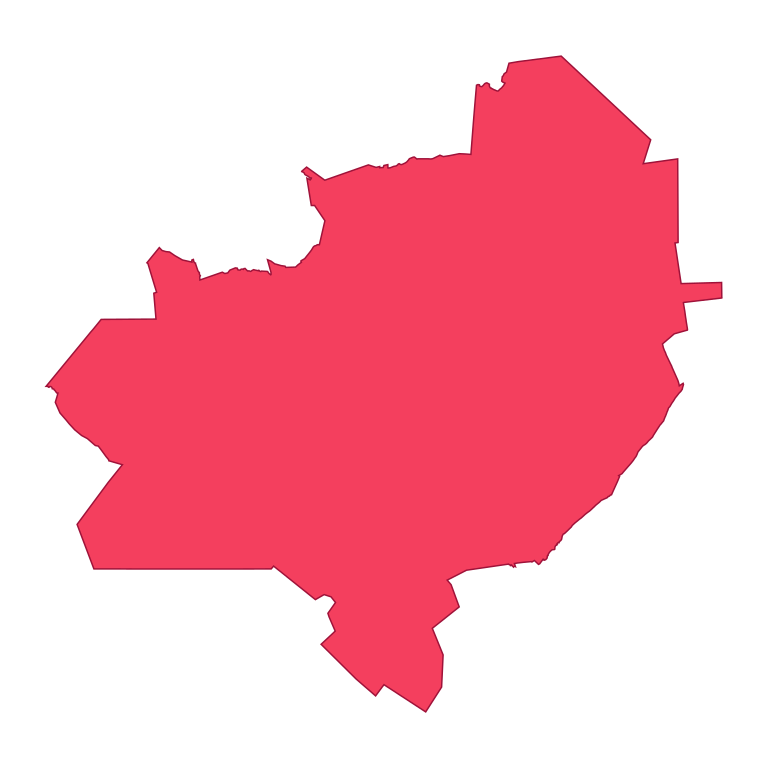 Mexquitic de Carmona, San Luis Potosí, Mexico (orthographic projection)
{"feature_id": "50627088B50616747627760", "entity_name": "Mexquitic de Carmona", "entity_type": "district", "adm_level": 2, "iso_a3": "MEX", "parent_name": "Mexico", "parent_adm1": "San Luis Potosí", "projection": "orthographic", "projection_center": [-101.135, 22.255], "detail": "fine", "context": "isolated", "style": "filled", "palette": "rose", "viewbox_px": 768, "rotation_deg": 0, "n_neighbors": 0, "source": "geoboundaries", "source_scale": "gbopen_adm2", "svg_char_len": 5909}
<svg xmlns="http://www.w3.org/2000/svg" viewBox="0 0 768 768"><path d="M425.7,711.9L441.6,687.1L443.1,654.9L432.3,628.3L459.2,606.9L451.1,584.7L447.2,580.1L466.5,570.2L508.5,564.1L509.1,564.6L510.0,564.7L510.4,565.6L511.6,565.5L511.7,565.2L513.5,567.1L513.7,566.8L514.8,566.3L515.4,566.6L514.4,563.5L515.9,563.3L516.7,563.1L523.5,562.3L531.3,561.6L531.9,562.0L534.4,560.5L538.5,564.4L539.7,563.8L543.1,559.2L543.7,559.3L543.9,559.7L544.0,560.2L544.4,560.2L544.7,559.9L545.2,559.9L545.7,559.7L546.9,558.4L547.1,557.9L547.3,556.7L547.3,556.0L547.4,555.8L547.6,555.6L547.9,555.6L548.1,555.5L548.1,554.7L548.3,554.2L549.3,552.6L549.8,551.9L550.2,551.5L551.6,550.1L552.1,549.9L552.6,549.7L553.7,549.6L554.5,549.5L554.8,549.2L554.9,547.3L555.2,546.4L555.5,545.9L555.9,545.5L556.3,545.3L557.2,544.7L556.7,544.2L557.8,542.9L558.4,542.4L558.9,542.8L559.7,541.4L559.9,541.2L560.7,540.6L561.4,539.7L561.6,539.3L561.7,538.8L562.1,536.8L562.1,536.4L562.7,535.1L563.1,534.3L563.5,533.9L563.9,533.8L564.3,533.7L564.9,533.1L565.6,532.6L566.2,531.9L566.9,531.3L571.4,526.9L572.2,525.5L574.9,523.0L579.5,519.2L580.2,518.7L581.3,517.9L585.1,514.4L587.4,512.6L589.5,511.1L591.3,509.5L595.5,505.5L596.0,505.0L599.3,502.3L600.0,501.6L600.7,500.9L601.2,500.4L603.4,499.4L604.0,499.1L606.3,498.1L607.5,497.5L608.1,496.5L608.5,496.4L609.0,496.3L609.6,496.0L610.0,495.4L610.8,494.9L611.5,494.8L613.4,490.5L617.3,481.9L618.5,479.1L619.6,476.3L618.7,475.6L619.5,475.1L620.4,474.7L621.4,474.0L622.1,473.6L623.2,472.2L627.8,466.9L630.1,464.3L631.5,462.7L632.1,461.9L633.3,460.4L634.2,459.0L635.1,457.7L635.7,457.0L636.3,456.0L637.0,454.5L637.7,452.6L638.1,451.8L642.3,446.5L642.9,445.9L644.0,445.1L644.9,444.6L646.4,443.4L647.2,442.5L648.5,440.9L650.0,439.5L651.8,437.8L652.7,436.8L653.3,435.5L657.3,429.2L660.2,424.8L660.6,424.5L661.1,423.9L662.8,421.8L663.6,420.9L664.0,419.7L664.1,419.4L664.7,417.9L665.0,417.1L665.4,416.4L666.8,412.7L667.1,411.7L667.6,410.8L668.5,408.1L668.8,407.6L669.6,406.9L670.1,406.2L671.7,403.4L673.6,400.7L675.2,398.0L676.6,396.3L677.3,395.4L679.0,393.2L680.9,391.3L682.3,389.2L682.5,387.9L682.9,386.6L683.2,385.5L683.5,384.5L683.1,383.3L679.3,385.8L678.8,383.4L677.9,380.5L672.0,367.2L671.9,366.8L671.7,366.2L670.2,363.2L666.3,355.1L665.4,352.5L664.4,350.5L664.0,349.4L663.4,347.8L662.5,343.9L674.3,333.8L687.4,330.1L687.5,329.8L687.3,328.1L686.2,321.4L686.0,319.7L685.6,317.3L684.8,311.4L683.4,302.8L683.4,302.6L684.0,302.4L721.7,298.0L721.8,298.0L721.9,297.8L721.8,297.6L721.6,282.5L681.1,283.6L675.0,243.0L678.1,242.5L677.7,158.9L643.2,163.7L650.7,139.8L561.2,56.1L518.4,61.6L509.0,63.2L506.5,72.1L504.1,73.8L503.3,75.7L502.3,76.6L501.7,81.1L502.6,82.0L504.3,82.8L505.0,83.1L503.3,86.0L502.8,86.3L501.8,87.7L499.4,89.6L498.5,90.8L497.9,91.0L496.9,90.9L495.4,90.3L494.8,89.9L494.3,89.9L492.4,88.8L492.2,88.9L491.1,88.0L490.6,88.1L490.2,87.7L489.4,86.2L489.4,85.8L489.3,85.2L489.4,84.5L489.4,84.2L487.0,82.9L486.6,82.9L485.5,83.2L484.8,83.6L484.1,84.3L483.3,85.3L481.9,86.6L481.2,86.6L479.5,86.0L479.4,84.8L478.5,84.6L477.8,84.6L476.5,85.2L475.4,98.1L474.8,105.1L473.5,121.0L470.9,154.4L465.5,154.0L459.3,153.7L449.2,155.7L443.3,156.6L439.9,155.2L439.6,155.4L432.9,158.6L431.0,159.0L428.1,158.8L417.7,158.8L417.0,159.1L415.1,157.6L414.5,157.1L413.5,157.1L413.0,157.2L412.4,157.5L411.2,157.9L411.0,158.1L410.3,158.3L409.3,158.8L409.1,159.1L408.4,160.1L406.7,162.0L405.2,163.0L404.3,163.4L402.2,164.4L401.2,164.6L400.4,164.4L399.6,164.0L399.2,163.7L398.3,164.0L397.6,164.9L396.8,165.5L395.9,166.0L393.6,166.4L390.4,167.7L389.5,167.9L388.0,168.0L387.9,167.8L387.9,166.0L387.8,164.6L383.9,165.5L383.2,167.5L379.7,167.7L379.7,166.5L376.1,167.4L368.4,164.9L324.8,180.2L306.6,167.1L301.8,171.2L301.7,171.4L302.0,171.8L302.9,172.0L304.3,173.1L304.7,174.2L305.3,174.8L308.6,176.6L309.3,177.5L309.7,177.9L310.5,177.8L311.4,178.0L311.3,178.5L310.2,179.9L306.9,178.2L311.3,205.5L314.6,205.5L324.9,220.7L319.4,244.7L317.6,244.7L316.8,245.0L316.5,245.2L316.2,245.5L314.4,246.0L313.3,247.0L311.3,250.3L308.6,253.8L306.4,256.5L305.5,257.7L305.2,258.0L304.8,258.6L301.0,260.8L300.9,261.3L301.4,262.3L298.0,264.8L295.6,267.1L285.7,267.4L285.1,266.2L281.0,265.6L276.1,264.2L274.8,263.9L271.1,261.2L267.5,259.7L271.0,272.4L271.0,274.6L270.6,274.8L268.9,273.4L267.6,271.5L267.0,271.4L261.4,271.1L261.1,271.4L260.9,271.5L260.5,271.5L259.9,271.2L259.6,271.0L259.3,270.7L259.3,270.9L257.7,270.6L254.8,270.0L253.8,269.7L253.5,269.7L251.7,270.7L251.2,271.1L250.7,271.4L249.2,270.9L248.5,270.9L247.5,270.9L245.0,268.4L244.3,268.6L243.9,268.6L243.3,269.4L242.1,269.0L240.9,269.3L240.5,269.8L240.0,270.1L238.0,269.9L237.4,268.9L237.5,268.6L237.2,268.1L235.3,267.9L229.9,270.1L229.1,271.1L227.8,272.9L224.8,273.5L222.3,272.2L199.9,280.0L199.7,276.7L200.4,275.8L200.3,275.6L199.9,275.3L199.8,274.9L199.6,274.6L199.4,274.0L199.3,273.8L199.4,273.3L199.4,272.8L197.9,270.8L195.7,264.2L195.5,263.8L195.5,263.4L195.5,263.1L194.8,262.8L194.4,262.6L194.2,262.0L193.6,261.5L193.6,260.7L193.6,260.1L193.3,259.4L191.9,260.0L191.9,260.8L191.7,261.0L191.5,261.8L191.6,262.0L182.5,260.0L174.8,255.6L169.6,252.0L165.9,251.6L162.1,250.5L159.3,247.6L146.9,262.8L147.9,263.5L156.6,292.3L153.8,293.2L156.0,319.1L101.2,319.4L92.8,329.7L90.5,332.3L87.5,336.0L46.1,386.3L47.0,386.3L47.9,386.3L48.3,387.1L49.0,387.3L49.5,386.7L50.3,386.5L51.0,386.6L51.9,387.4L52.3,388.8L53.4,388.9L53.8,389.1L54.2,389.9L55.0,390.5L55.7,391.6L56.4,392.5L57.0,393.1L57.9,393.1L57.3,395.6L55.3,402.3L60.0,413.0L66.1,420.0L69.2,423.8L74.7,429.8L81.6,435.5L87.4,438.6L95.3,445.5L98.3,446.1L102.0,451.0L106.0,456.5L108.4,459.4L108.9,460.5L108.9,460.8L122.4,464.7L108.2,482.4L84.5,514.4L77.1,524.4L93.9,568.9L117.7,568.9L134.4,569.0L237.6,569.0L271.2,568.9L273.6,566.1L315.4,599.6L324.1,594.6L331.0,596.8L335.5,602.5L327.9,613.3L329.1,617.0L335.2,631.1L321.1,644.3L356.1,679.0L375.6,695.9L382.1,687.1L384.0,684.7L425.7,711.9Z" fill="#f43f5e" stroke="#9f1239" stroke-width="1.5"/></svg>